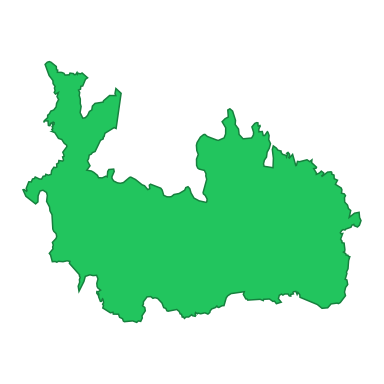 the district of Xicotlán, Puebla, Mexico
{"feature_id": "50627088B38416403293523", "entity_name": "Xicotlán", "entity_type": "district", "adm_level": 2, "iso_a3": "MEX", "parent_name": "Mexico", "parent_adm1": "Puebla", "projection": "robinson", "projection_center": [-98.627, 18.113], "detail": "fine", "context": "isolated", "style": "filled", "palette": "green", "viewbox_px": 384, "rotation_deg": 0, "n_neighbors": 0, "source": "geoboundaries", "source_scale": "gbopen_adm2", "svg_char_len": 5895}
<svg xmlns="http://www.w3.org/2000/svg" viewBox="0 0 384 384"><path d="M340.3,302.5L345.5,295.7L344.5,292.1L345.6,287.4L347.7,284.5L346.9,280.0L345.2,279.3L346.9,273.5L346.4,272.1L348.0,268.8L348.6,260.6L349.8,256.7L348.5,256.4L347.8,255.2L346.2,255.1L345.7,253.6L343.5,252.1L344.7,251.3L344.9,249.6L344.1,243.1L342.0,242.7L342.0,241.1L340.6,239.2L342.7,233.5L341.0,233.8L340.3,232.8L341.6,230.6L343.1,229.6L345.0,230.0L345.9,229.0L351.0,227.2L352.0,225.1L353.8,224.4L354.2,225.7L357.5,227.0L359.4,225.2L361.0,220.6L359.6,217.6L359.1,212.3L354.5,213.2L349.2,217.4L350.7,210.5L348.4,208.5L347.5,205.1L344.7,202.1L344.5,197.6L345.5,195.7L344.3,193.9L341.5,193.2L341.9,189.8L341.2,188.0L335.4,184.3L337.5,180.2L334.2,178.7L334.0,175.1L331.8,174.1L331.7,172.3L331.1,171.8L327.6,172.1L322.1,176.3L321.8,175.8L323.2,174.8L323.7,173.0L321.3,171.1L319.4,173.0L316.3,174.4L316.2,172.7L313.7,168.6L316.0,168.3L316.5,167.2L311.6,162.6L311.9,159.9L309.7,161.6L307.0,159.8L299.6,161.7L297.5,161.4L296.4,165.4L295.8,165.6L292.6,154.4L289.3,158.1L288.7,157.4L289.6,156.6L289.5,154.2L288.0,152.4L286.7,153.3L287.5,154.0L286.5,156.8L286.1,155.4L282.5,154.3L281.1,152.4L281.1,151.1L277.8,150.1L276.4,148.1L273.3,145.9L272.3,149.5L273.4,158.2L273.0,167.7L264.1,166.3L263.5,163.8L264.4,160.1L266.5,157.1L267.1,152.2L269.2,148.4L270.5,143.7L268.7,139.6L269.1,135.5L267.9,132.2L267.3,131.7L264.7,135.5L263.2,135.5L262.3,131.5L258.9,131.8L258.8,129.0L260.2,126.1L259.9,125.5L259.0,126.2L258.1,125.9L257.9,122.8L256.7,122.6L254.8,123.4L251.9,126.9L253.6,132.2L253.4,135.0L251.6,138.0L243.1,138.8L239.1,134.5L238.5,129.0L235.2,124.5L235.5,120.3L232.6,111.1L229.9,108.8L227.8,110.0L228.3,117.0L225.1,118.7L222.1,121.7L225.7,127.8L225.6,134.0L224.1,137.9L218.4,140.4L216.9,140.1L207.4,136.5L204.9,134.4L203.6,134.6L200.4,137.1L197.1,142.5L196.4,145.3L196.8,150.5L198.3,154.4L196.5,159.1L196.6,165.4L197.7,168.0L199.2,169.1L204.4,170.4L206.0,173.8L205.8,175.9L206.7,179.3L203.1,192.5L203.4,193.9L205.2,195.4L207.1,199.0L206.8,201.7L206.1,202.4L199.0,200.8L194.0,198.1L191.0,192.9L189.8,188.7L188.0,186.7L185.8,187.6L184.7,190.2L179.1,193.5L174.0,194.5L171.4,196.6L169.5,196.9L166.9,196.8L163.7,195.3L162.2,190.1L160.8,188.2L150.5,184.2L149.3,185.2L149.8,188.6L147.8,189.6L144.5,185.7L142.1,184.8L135.5,179.5L130.8,177.1L129.6,177.4L123.4,182.6L120.3,183.3L117.3,182.8L113.7,181.0L112.1,178.6L111.9,176.8L114.2,171.5L113.7,169.1L108.9,169.5L107.7,171.5L107.2,176.8L105.9,176.2L102.2,177.9L98.5,177.7L97.4,175.3L93.7,172.3L91.4,171.0L86.8,170.2L90.0,165.8L87.4,160.8L88.6,158.7L89.2,155.1L91.3,154.1L92.4,152.6L95.1,151.5L100.5,140.3L103.2,138.9L103.2,137.3L104.1,136.6L104.9,133.3L114.1,127.6L116.1,128.5L121.1,93.3L115.9,88.5L115.0,93.5L115.8,95.6L109.6,95.5L103.5,100.8L103.1,102.1L95.0,103.4L92.4,106.1L91.8,109.9L89.4,111.5L87.6,115.4L85.3,117.7L82.8,118.2L80.1,112.6L81.1,106.5L80.3,103.8L80.3,99.0L79.2,95.5L79.7,92.5L78.5,90.1L80.5,89.2L80.8,86.3L82.7,86.0L85.5,79.3L87.6,77.8L82.1,73.0L80.3,73.9L78.2,73.2L77.5,74.2L77.0,72.5L75.7,74.5L74.2,74.7L73.5,73.6L70.0,73.1L69.3,74.8L65.1,75.1L63.9,73.3L61.7,72.4L57.4,72.3L57.7,70.1L56.5,69.7L56.3,66.5L51.1,62.3L49.4,61.6L47.3,62.2L45.1,64.4L49.1,75.5L52.9,80.5L53.1,83.7L55.1,86.5L54.4,88.0L55.1,90.5L54.2,92.5L55.5,94.1L58.4,92.5L57.0,96.6L58.6,99.5L56.6,103.3L56.1,106.9L53.7,110.0L50.8,111.1L49.4,113.8L47.7,115.2L47.6,117.7L44.3,120.7L43.7,122.4L45.0,120.8L48.0,121.0L48.4,125.4L49.1,125.7L50.0,125.6L50.5,123.5L53.2,122.1L54.2,122.7L54.0,124.2L52.0,123.6L53.2,125.8L52.1,126.4L52.8,128.3L51.9,129.4L52.5,129.8L52.6,131.2L51.8,131.4L54.8,132.6L58.5,138.4L61.8,139.5L64.2,143.3L66.6,145.1L66.9,146.6L62.8,152.2L63.9,154.9L64.0,156.4L62.6,156.9L63.5,160.1L62.7,161.1L58.9,160.5L58.5,163.0L56.6,164.0L56.9,166.9L55.5,167.6L53.9,167.2L51.6,170.6L51.1,174.4L48.4,175.2L45.8,174.3L45.4,175.9L43.1,176.3L41.6,179.1L39.4,179.0L35.2,177.0L34.5,178.4L32.5,179.0L31.3,181.9L28.8,181.8L26.2,188.4L27.0,190.4L26.6,191.3L24.0,189.5L23.0,189.8L25.9,196.3L35.6,203.9L37.9,201.9L38.1,195.8L40.0,191.0L43.0,190.2L46.5,192.5L47.3,195.5L46.6,201.4L49.5,206.9L50.0,210.9L52.0,214.7L52.8,229.0L53.7,231.2L56.1,233.6L56.7,236.4L56.1,238.4L52.4,242.4L53.3,245.1L52.6,247.0L53.0,248.8L49.3,253.4L50.5,254.9L52.3,261.7L55.2,261.5L56.8,262.2L58.5,261.3L63.0,261.7L67.1,260.8L69.9,261.4L69.4,263.4L79.6,274.9L79.3,275.8L80.2,277.5L79.4,279.6L79.7,282.2L78.2,286.2L79.0,291.3L83.9,281.5L85.3,276.4L89.9,274.8L93.1,275.6L96.6,275.3L98.0,278.9L96.8,283.3L97.1,286.5L97.9,288.0L100.6,290.1L98.3,291.7L96.9,291.5L96.7,293.0L97.7,294.5L98.3,293.5L98.8,294.0L98.6,296.7L100.4,301.4L101.3,301.4L102.5,298.8L103.0,299.3L103.6,302.8L102.6,304.2L103.5,305.5L102.8,308.0L110.4,312.8L113.0,312.3L113.3,314.1L118.5,314.2L119.6,317.3L122.5,318.7L123.4,321.1L124.4,321.7L132.7,320.9L136.7,322.4L138.4,320.9L140.7,321.4L142.3,318.0L142.0,315.8L145.3,310.8L144.8,307.5L142.5,305.7L143.4,304.1L143.4,301.8L147.1,296.8L150.8,296.6L152.9,298.3L155.0,297.7L157.6,298.4L162.0,303.1L163.7,307.6L165.8,308.4L166.9,310.8L168.1,311.2L176.8,309.5L179.2,311.5L180.2,313.9L181.5,314.3L182.3,317.1L183.4,316.8L184.4,318.4L186.1,317.0L188.7,317.0L191.7,314.7L192.5,315.7L195.2,316.3L195.8,315.3L195.1,314.1L195.6,312.5L197.3,313.8L198.1,313.1L200.7,313.8L204.9,312.8L207.9,314.1L209.8,312.5L210.2,310.8L211.8,308.9L215.3,307.6L217.3,305.6L216.9,306.8L218.8,307.5L221.9,305.8L224.0,305.6L226.2,297.9L227.7,295.8L231.0,293.6L244.3,291.7L243.3,294.4L245.8,298.9L246.9,298.9L247.7,300.1L260.1,299.3L263.3,300.6L263.7,299.3L269.5,299.0L272.9,301.4L274.5,301.2L276.4,303.7L281.2,302.2L278.4,298.7L279.3,295.3L281.5,294.1L282.9,295.1L284.7,294.0L288.0,294.0L289.3,295.9L290.8,296.1L290.8,294.4L293.4,293.9L292.9,292.5L293.4,291.8L295.9,291.4L297.1,294.4L297.9,292.4L299.8,294.8L300.0,297.3L317.3,304.5L322.0,308.3L327.7,307.8L331.1,303.9L337.1,303.1L338.4,303.6L340.3,302.5Z" fill="#22c55e" stroke="#15803d" stroke-width="1.5"/></svg>